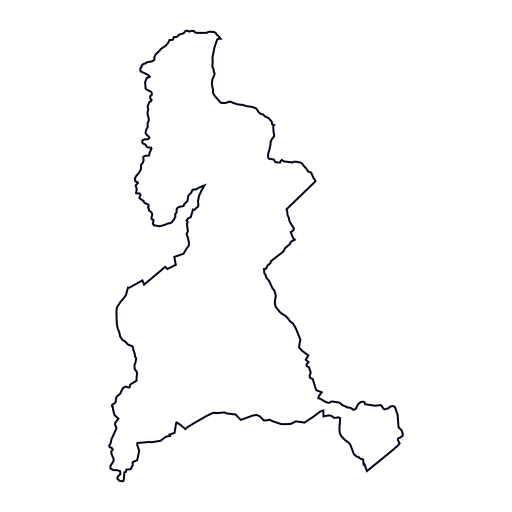 outline of Tepemaxalco, Puebla, Mexico
{"feature_id": "50627088B24654938868553", "entity_name": "Tepemaxalco", "entity_type": "district", "adm_level": 2, "iso_a3": "MEX", "parent_name": "Mexico", "parent_adm1": "Puebla", "projection": "mercator", "projection_center": [-98.635, 18.743], "detail": "fine", "context": "isolated", "style": "outline", "palette": "ink", "viewbox_px": 512, "rotation_deg": 0, "n_neighbors": 0, "source": "geoboundaries", "source_scale": "gbopen_adm2", "svg_char_len": 6054}
<svg xmlns="http://www.w3.org/2000/svg" viewBox="0 0 512 512"><path d="M112.0,405.0L112.2,406.6L112.8,406.9L113.3,410.7L114.5,415.1L118.4,418.6L115.1,423.1L115.2,425.4L116.2,427.0L116.4,428.4L111.4,439.4L110.9,442.3L110.3,444.0L109.2,445.5L109.8,447.3L111.6,447.8L112.8,449.5L111.2,451.6L111.6,454.2L113.7,459.1L113.4,461.3L110.4,466.0L110.4,468.6L113.5,470.1L116.6,470.1L120.1,471.1L120.4,473.9L117.5,477.0L117.3,478.5L119.5,480.8L122.3,481.3L123.4,480.9L124.0,478.2L124.3,472.3L126.0,471.8L126.3,469.6L130.0,469.3L131.2,468.7L131.6,467.1L132.7,465.2L132.7,462.2L137.2,460.1L139.2,450.7L137.2,444.9L137.4,443.0L150.1,441.9L151.2,442.3L160.5,440.8L166.0,436.6L170.1,436.0L169.5,434.5L174.5,432.9L176.1,423.3L176.5,422.4L180.8,425.1L185.3,429.1L187.6,427.1L193.8,423.3L206.8,415.8L213.3,412.8L217.3,413.1L224.6,412.4L226.6,413.4L233.6,414.3L235.4,414.3L240.7,419.9L253.2,415.4L256.6,415.0L259.5,416.1L263.7,420.3L265.3,420.5L269.8,419.8L272.3,421.1L281.2,424.1L286.7,424.1L290.9,423.9L295.6,421.4L301.2,422.0L304.3,422.7L313.7,416.5L320.0,411.7L323.3,410.4L323.5,416.4L328.4,415.4L331.2,415.8L334.3,417.9L338.7,417.4L340.2,418.1L339.4,429.1L339.8,433.1L341.3,436.2L345.1,440.1L348.0,442.1L350.3,444.6L353.9,454.2L357.0,456.9L358.4,456.8L359.4,458.0L360.8,458.9L362.8,459.4L363.2,459.8L363.6,464.2L364.1,463.7L364.8,465.0L366.9,471.1L391.3,451.3L397.2,446.2L399.6,443.4L397.9,440.0L398.0,438.7L398.4,438.1L399.5,438.0L402.8,435.7L402.7,433.8L401.6,430.4L398.5,427.1L397.6,414.8L395.1,407.4L393.9,406.3L391.9,406.1L389.4,407.1L388.2,408.5L387.2,408.5L384.5,409.4L383.6,408.8L380.9,405.1L374.8,405.7L365.1,404.2L364.5,402.1L362.9,401.7L360.8,402.1L358.3,404.0L355.5,409.1L353.3,409.8L350.3,407.7L348.0,407.6L342.5,405.2L339.4,402.6L332.4,401.5L330.8,401.8L329.2,402.9L326.2,402.2L320.5,398.9L318.3,398.1L318.9,396.0L321.7,392.3L316.2,390.2L312.7,379.0L310.0,377.8L309.6,375.5L310.7,372.8L309.1,367.5L306.5,365.7L306.6,364.2L308.5,362.1L305.8,359.8L308.3,355.4L302.1,350.8L299.0,347.4L300.3,339.4L295.9,328.5L293.0,323.5L289.8,321.1L288.2,318.7L285.6,316.0L281.5,313.5L280.0,312.2L275.9,307.2L275.2,305.1L274.8,302.1L275.8,295.6L274.3,290.4L272.6,288.5L268.8,280.4L266.9,278.5L265.9,276.5L265.5,274.8L264.4,273.5L264.0,269.0L266.2,268.6L267.6,265.4L270.5,263.1L270.8,261.3L283.4,251.5L284.9,248.4L289.9,244.0L290.6,242.2L292.9,240.5L294.8,239.7L293.0,237.8L290.7,232.2L293.4,230.4L293.9,228.4L289.9,222.1L289.3,220.4L288.8,217.7L287.5,215.0L287.3,212.0L286.5,209.3L315.5,181.3L315.0,180.0L313.8,178.6L311.1,172.6L308.2,171.6L306.4,168.7L303.4,165.5L302.0,163.4L300.1,162.5L296.0,161.7L293.7,161.8L292.5,162.5L283.9,161.4L281.8,160.0L280.8,160.8L280.0,162.6L276.8,162.4L274.9,161.7L274.4,160.4L273.5,159.4L269.1,158.8L268.1,157.4L268.1,154.5L268.6,152.1L269.3,150.4L270.5,144.5L270.7,141.6L271.7,139.5L274.0,136.3L274.2,134.2L273.6,132.5L273.2,126.1L274.1,125.1L272.1,124.2L271.8,121.9L269.2,118.7L267.9,117.7L265.0,116.5L263.3,114.6L260.6,113.9L258.2,111.6L256.9,109.3L256.0,108.4L252.3,106.9L246.7,106.2L242.6,104.9L237.8,104.4L232.8,102.8L231.2,101.8L229.3,101.7L229.3,101.9L224.5,103.1L220.9,102.8L218.0,99.7L214.1,95.1L212.9,92.3L213.2,90.3L212.4,87.3L211.9,83.4L212.4,79.5L214.6,74.2L214.6,73.3L214.1,72.6L213.3,68.7L212.3,66.6L212.7,62.7L212.5,57.4L214.5,47.3L217.1,39.7L218.3,38.8L220.6,38.7L218.6,36.2L216.9,34.8L215.8,33.1L214.0,32.0L208.9,31.7L206.4,32.9L196.5,32.9L195.0,32.4L194.0,31.1L191.5,30.9L189.0,31.6L187.7,30.7L185.7,30.9L183.7,33.2L178.9,34.8L177.4,36.6L176.0,37.0L173.8,37.1L173.2,39.1L172.5,39.9L169.5,40.0L168.6,42.1L167.0,44.3L165.3,46.0L160.7,49.1L159.3,51.1L155.7,54.3L154.3,57.4L154.4,59.6L153.3,60.7L151.1,61.6L146.8,62.3L145.7,63.3L143.0,64.2L141.5,65.8L141.6,66.8L140.5,68.0L140.2,69.2L140.7,71.4L146.5,74.1L148.0,74.9L149.8,76.7L149.0,77.4L147.1,77.6L146.8,77.9L145.1,82.2L145.6,88.6L146.1,89.2L151.2,91.9L151.6,92.6L151.8,93.8L151.8,94.8L150.3,96.1L150.1,97.8L150.9,99.5L151.6,100.0L150.8,101.4L149.5,101.9L147.6,106.2L148.2,109.2L147.6,111.9L147.6,114.5L148.7,118.2L148.7,120.7L147.6,123.1L147.7,127.0L146.3,129.5L145.5,132.7L146.0,133.9L147.4,135.6L148.6,136.4L149.4,137.6L148.4,138.9L147.4,139.3L144.8,139.3L142.8,140.1L142.2,141.1L142.3,142.5L143.1,143.6L145.2,144.4L147.2,147.3L151.1,147.7L151.5,148.5L149.5,153.0L149.2,155.4L148.4,155.7L145.9,155.7L144.0,156.3L143.2,157.2L143.6,160.4L142.6,163.2L141.6,164.0L141.0,165.6L141.0,168.6L140.3,170.5L138.7,173.2L136.4,175.7L134.9,178.4L134.9,179.9L135.7,181.6L137.3,182.1L137.8,182.4L137.9,183.1L135.9,185.0L135.7,185.9L136.5,188.0L136.7,190.4L136.3,191.4L136.1,193.2L137.4,193.5L139.5,193.4L140.4,194.5L140.4,195.4L139.4,197.4L139.5,198.3L143.7,201.1L144.0,202.3L144.5,202.8L148.3,204.7L148.7,205.3L148.7,205.9L148.0,207.5L148.9,208.9L149.0,210.6L150.9,211.9L152.1,213.4L152.2,215.1L151.6,217.0L151.5,218.8L151.8,219.3L153.3,219.8L153.6,220.3L152.8,223.9L153.5,224.4L153.9,225.5L155.0,225.4L159.7,226.3L164.3,225.0L168.4,223.3L169.7,223.3L171.4,222.6L173.7,219.9L175.3,216.8L175.4,215.4L175.1,214.3L175.5,213.5L176.2,213.1L176.7,212.2L176.5,209.8L177.3,208.1L178.5,207.1L183.6,206.0L184.0,204.5L187.5,200.9L188.3,196.1L189.0,194.8L191.2,192.8L192.3,190.1L193.5,189.5L196.1,189.4L198.6,187.8L204.5,185.4L201.4,190.7L199.0,196.0L198.0,200.9L198.4,205.2L198.0,206.7L195.9,208.3L194.5,209.9L193.0,209.5L190.8,217.0L188.0,218.5L186.5,220.6L187.8,221.9L186.9,223.9L187.9,231.4L186.5,234.0L187.8,237.4L188.9,242.2L188.8,245.6L186.1,249.3L183.6,253.7L174.3,256.9L175.8,264.8L167.4,269.0L165.2,266.9L144.1,284.6L142.4,280.4L129.5,287.6L128.0,287.6L125.9,295.1L123.7,298.3L120.6,301.7L117.0,307.3L116.4,311.1L116.7,321.6L117.0,325.2L117.8,328.6L119.5,333.0L120.1,336.4L122.5,340.0L125.4,341.7L128.0,344.6L132.3,346.2L133.1,347.9L133.1,349.0L134.8,354.0L135.0,356.4L136.2,358.4L135.5,362.3L134.4,365.5L134.7,369.0L136.8,371.9L137.1,374.0L136.7,376.3L136.5,380.7L130.6,384.3L130.1,384.8L129.8,386.9L129.5,387.4L127.8,387.4L126.7,386.8L125.5,386.6L122.7,388.3L120.1,393.8L116.8,396.6L116.1,398.0L115.7,401.9L114.9,403.0L112.0,405.0Z" fill="none" stroke="#020617" stroke-width="2"/></svg>